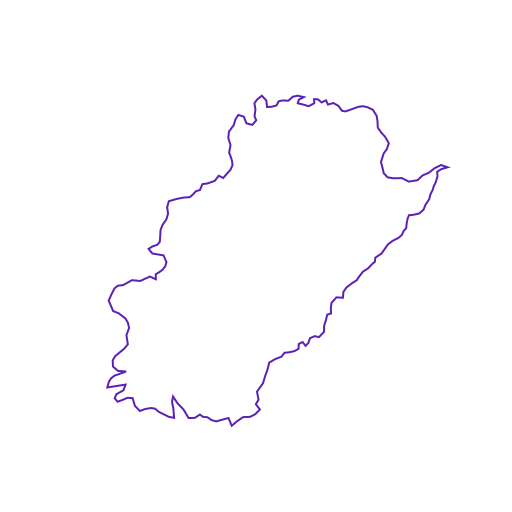 the district of Riversul, São Paulo, Brazil, rotated 317°
{"feature_id": "56859067B40237510471645", "entity_name": "Riversul", "entity_type": "district", "adm_level": 2, "iso_a3": "BRA", "parent_name": "Brazil", "parent_adm1": "São Paulo", "projection": "orthographic", "projection_center": [-49.443, -23.844], "detail": "fine", "context": "isolated", "style": "outline", "palette": "violet", "viewbox_px": 512, "rotation_deg": 317, "n_neighbors": 0, "source": "geoboundaries", "source_scale": "gbopen_adm2", "svg_char_len": 2821}
<svg xmlns="http://www.w3.org/2000/svg" viewBox="0 0 512 512"><g transform="rotate(317 256 256)"><path d="M399.3,172.4L395.8,167.2L391.5,164.6L385.6,164.5L381.3,160.2L378.0,158.3L373.8,159.9L369.3,157.6L365.7,154.6L369.6,149.4L369.6,142.8L363.7,142.3L359.0,143.2L355.6,148.4L350.2,152.8L348.7,156.9L342.7,157.6L339.5,152.4L342.1,145.8L339.3,140.8L334.3,142.0L328.9,145.1L321.1,146.6L316.3,150.7L312.9,157.6L306.8,162.1L305.2,166.2L303.3,170.2L300.7,173.6L296.2,175.5L290.7,176.0L285.2,176.6L283.5,171.9L277.0,172.9L270.3,170.0L265.8,166.9L260.0,169.5L256.0,167.6L252.3,168.0L247.7,167.8L242.9,163.9L237.0,160.2L229.6,156.5L224.3,159.7L220.5,165.1L215.4,168.1L208.6,169.6L203.9,171.9L200.2,175.5L195.3,180.0L191.7,180.5L186.8,178.4L182.3,177.5L181.9,183.5L188.8,192.5L186.3,199.5L182.4,201.7L178.2,202.3L174.5,201.9L170.2,201.0L166.9,204.7L164.4,198.7L154.3,195.3L148.8,189.1L139.0,186.7L134.7,183.5L130.4,183.2L124.3,185.4L117.8,188.2L114.0,198.8L116.5,204.3L117.9,212.5L116.9,217.3L114.1,222.1L107.3,225.5L102.0,233.2L96.3,233.9L84.8,233.2L80.1,234.5L76.0,239.3L76.7,245.9L82.2,251.9L70.9,247.0L66.6,246.6L62.8,247.6L57.6,250.7L72.9,261.1L67.5,263.8L59.7,261.9L55.6,263.7L55.4,268.2L60.9,270.5L65.2,272.0L68.8,275.7L65.2,283.2L65.4,290.2L70.4,292.2L75.3,295.4L78.0,298.6L78.6,303.6L82.5,314.0L85.7,318.5L91.5,311.2L95.0,305.5L99.5,302.2L98.2,309.7L98.3,318.7L97.2,323.8L96.2,328.5L100.7,332.6L106.8,333.7L107.6,337.5L110.5,340.8L111.7,345.9L114.1,349.8L125.4,355.7L122.5,363.6L129.5,363.9L136.8,365.1L141.9,369.6L147.6,371.2L154.2,370.9L154.8,364.3L159.9,362.8L164.2,355.9L174.4,353.8L180.7,350.1L186.6,347.1L193.0,343.0L199.8,344.5L205.9,347.0L210.8,346.2L215.3,349.5L219.4,351.8L223.9,352.9L227.2,349.5L231.4,350.7L231.0,355.5L235.1,355.3L239.4,352.9L244.2,354.6L246.8,358.3L254.1,357.8L258.2,353.5L263.6,350.5L268.0,347.5L271.7,349.2L275.4,344.9L279.3,341.8L286.6,341.1L291.1,345.8L295.4,341.9L300.7,340.7L307.9,341.4L313.2,342.4L317.7,341.3L323.8,340.4L329.7,341.5L335.1,341.1L339.1,341.3L342.1,338.6L349.5,339.8L356.0,338.4L360.4,337.5L366.3,338.1L372.6,339.9L377.1,340.1L381.0,338.4L384.9,338.0L388.2,335.1L392.3,332.1L395.7,330.5L399.2,333.2L404.3,336.2L410.1,336.4L414.9,334.1L421.3,332.6L425.8,329.8L430.4,328.1L433.6,326.2L437.6,324.7L443.1,321.5L446.0,317.9L450.9,318.9L456.6,321.8L453.4,315.7L446.6,313.6L439.1,313.0L432.9,310.7L425.8,310.7L418.5,305.8L415.8,298.5L409.6,293.0L405.9,288.2L405.9,282.5L408.2,278.6L411.4,272.6L419.2,268.1L424.5,267.1L430.0,264.1L431.7,257.1L431.8,251.0L432.6,245.2L437.1,239.9L439.8,235.8L441.2,228.9L439.1,223.3L436.3,219.3L432.6,216.7L420.2,211.4L417.9,208.4L418.7,202.4L416.9,196.9L411.9,194.3L413.4,189.9L408.7,188.4L408.1,183.5L405.4,180.9L402.8,184.0L396.7,182.4L393.6,177.1L390.7,172.8L394.0,170.9L399.3,172.4Z" fill="none" stroke="#5b21b6" stroke-width="2"/></g></svg>